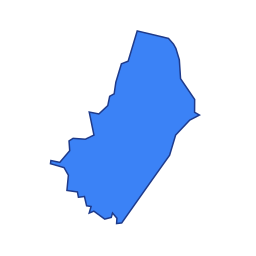 McDuffie, Georgia, United States of America, rotated 234°
{"feature_id": "52423323B55059844106261", "entity_name": "McDuffie", "entity_type": "district", "adm_level": 2, "iso_a3": "USA", "parent_name": "United States of America", "parent_adm1": "Georgia", "projection": "orthographic", "projection_center": [-82.481, 33.485], "detail": "fine", "context": "isolated", "style": "filled", "palette": "blue", "viewbox_px": 256, "rotation_deg": 234, "n_neighbors": 0, "source": "geoboundaries", "source_scale": "gbopen_adm2", "svg_char_len": 694}
<svg xmlns="http://www.w3.org/2000/svg" viewBox="0 0 256 256"><g transform="rotate(234 128 128)"><path d="M176.7,213.4L201.1,192.5L182.0,167.4L183.8,160.4L172.2,145.1L163.8,136.9L164.4,131.8L158.0,124.8L156.5,112.7L163.7,106.0L142.3,96.3L144.0,86.9L151.9,77.5L152.2,72.7L143.9,67.5L140.3,52.6L147.0,46.5L144.7,44.3L133.5,53.0L124.8,52.0L113.4,41.9L106.0,49.5L101.1,47.2L98.2,52.5L89.4,48.8L86.2,52.0L82.0,46.6L80.8,51.5L68.0,55.6L65.5,61.9L68.3,65.5L61.5,66.0L57.4,62.6L54.9,67.1L72.2,117.9L81.5,145.6L94.3,162.4L95.0,166.0L98.1,182.6L96.5,193.4L101.6,191.1L111.9,198.7L137.0,199.5L153.0,209.6L164.2,213.5L169.1,214.1L176.7,213.4Z" fill="#3b82f6" stroke="#1e3a8a" stroke-width="1.5"/></g></svg>